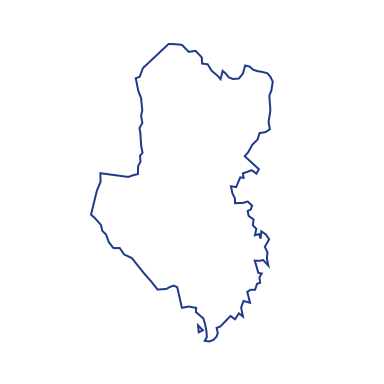 outline of Santo Antônio do Planalto, Rio Grande do Sul, Brazil, rotated 347°
{"feature_id": "56859067B7641888126527", "entity_name": "Santo Antônio do Planalto", "entity_type": "district", "adm_level": 2, "iso_a3": "BRA", "parent_name": "Brazil", "parent_adm1": "Rio Grande do Sul", "projection": "equal_earth", "projection_center": [-52.67, -28.37], "detail": "fine", "context": "isolated", "style": "outline", "palette": "blue", "viewbox_px": 384, "rotation_deg": 347, "n_neighbors": 0, "source": "geoboundaries", "source_scale": "gbopen_adm2", "svg_char_len": 1882}
<svg xmlns="http://www.w3.org/2000/svg" viewBox="0 0 384 384"><g transform="rotate(347 192 192)"><path d="M88.5,191.3L91.3,195.2L95.9,203.7L95.9,209.8L98.7,214.1L99.6,222.1L102.8,228.9L109.0,230.4L111.8,237.6L118.5,242.8L123.1,252.4L126.9,260.3L132.3,270.4L136.5,279.3L145.3,280.7L148.9,279.6L153.1,279.1L156.2,281.4L156.1,302.6L163.2,302.9L170.0,305.9L168.8,309.9L174.6,317.7L175.0,323.2L174.8,330.7L173.8,336.8L170.9,339.9L175.3,341.5L179.5,341.0L183.3,338.5L185.4,335.2L185.4,329.9L189.2,329.5L201.6,321.5L205.3,325.7L210.4,320.8L213.6,324.8L213.9,315.6L217.7,309.8L223.6,313.0L223.4,301.7L227.0,300.5L231.5,301.4L234.7,296.1L237.9,295.8L238.6,290.2L241.6,287.1L238.4,285.7L238.1,278.8L237.7,273.0L242.7,274.3L246.0,274.3L249.8,280.9L250.0,273.6L252.0,267.8L250.6,261.8L256.5,255.5L254.5,250.1L250.7,245.9L248.4,252.9L247.8,248.0L243.6,248.3L246.4,242.4L243.8,238.1L245.8,232.7L241.8,228.0L242.0,223.0L245.3,222.3L247.5,218.8L244.1,213.8L239.2,214.1L231.4,212.6L232.4,207.7L231.1,202.7L231.2,195.2L236.2,197.1L242.3,188.6L245.5,189.8L245.8,185.3L250.6,184.8L255.1,184.2L258.9,188.6L262.3,184.8L251.4,169.0L255.9,165.7L261.3,159.6L267.7,155.6L271.1,149.8L276.9,150.2L282.0,148.4L282.4,140.8L284.7,135.3L286.8,129.9L289.0,115.6L292.1,111.1L295.5,102.8L294.4,97.7L292.3,93.4L287.5,90.8L282.9,88.9L279.1,86.6L276.4,82.8L272.3,80.7L268.3,88.0L263.2,92.0L257.3,91.1L253.7,88.7L251.5,84.2L249.1,80.9L245.2,88.5L243.2,84.7L238.3,78.1L236.0,71.1L230.7,69.1L231.8,63.0L227.2,55.3L220.3,54.7L215.3,46.4L209.6,44.4L202.5,42.5L172.1,60.2L167.0,67.9L162.8,68.5L162.4,80.9L163.5,89.1L161.9,101.4L159.6,106.1L159.2,113.5L155.2,117.9L155.0,122.7L152.9,135.2L152.6,142.7L149.5,145.0L148.6,151.0L145.3,154.7L143.3,162.4L138.6,162.4L133.3,163.0L107.0,153.1L105.1,161.7L99.8,169.0L88.5,191.3ZM171.5,329.2L167.9,323.3L167.0,330.2L171.5,329.2Z" fill="none" stroke="#1e3a8a" stroke-width="2"/></g></svg>